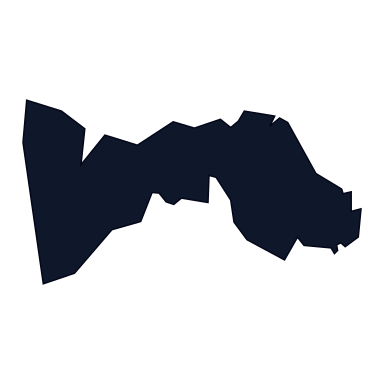 outline of Aweil West, Northern Bahr el Ghazal, South Sudan
{"feature_id": "79223893B18780774215456", "entity_name": "Aweil West", "entity_type": "district", "adm_level": 2, "iso_a3": "SSD", "parent_name": "South Sudan", "parent_adm1": "Northern Bahr el Ghazal", "projection": "natural_earth1", "projection_center": [26.922, 8.906], "detail": "fine", "context": "isolated", "style": "filled", "palette": "ink", "viewbox_px": 384, "rotation_deg": 0, "n_neighbors": 0, "source": "geoboundaries", "source_scale": "gbopen_adm2", "svg_char_len": 713}
<svg xmlns="http://www.w3.org/2000/svg" viewBox="0 0 384 384"><path d="M358.3,237.0L361.0,208.8L351.2,211.4L351.2,191.8L343.1,193.7L341.7,189.1L315.9,173.5L287.7,122.5L279.6,118.0L269.8,126.2L274.7,116.1L244.3,111.1L238.3,121.2L230.7,127.5L220.4,119.3L194.4,128.1L173.2,121.8L137.4,145.2L104.9,135.1L81.0,164.7L84.8,128.8L61.5,111.1L26.7,100.2L23.0,142.5L43.3,283.8L74.5,273.2L111.9,229.7L140.7,221.5L152.1,192.5L159.1,193.1L166.2,201.9L173.8,204.4L181.4,198.1L208.0,202.5L209.0,175.4L216.1,177.3L230.7,200.0L234.0,222.1L247.0,239.7L284.5,259.9L297.5,237.2L304.0,245.4L331.1,247.9L334.4,253.6L337.6,250.5L336.6,244.8L340.9,242.9L345.2,246.7L358.3,237.0Z" fill="#0f172a" stroke="#020617" stroke-width="1.5"/></svg>